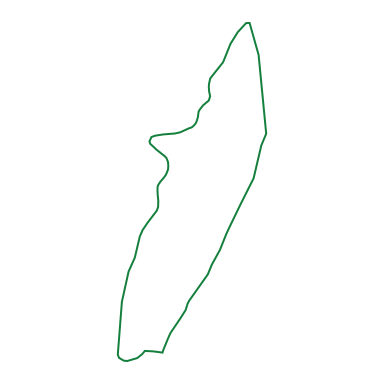 Zunilito, Suchitepéquez, Guatemala
{"feature_id": "79465075B91860193952418", "entity_name": "Zunilito", "entity_type": "district", "adm_level": 2, "iso_a3": "GTM", "parent_name": "Guatemala", "parent_adm1": "Suchitepéquez", "projection": "natural_earth1", "projection_center": [-91.502, 14.633], "detail": "fine", "context": "isolated", "style": "outline", "palette": "green", "viewbox_px": 384, "rotation_deg": 0, "n_neighbors": 0, "source": "geoboundaries", "source_scale": "gbopen_adm2", "svg_char_len": 1134}
<svg xmlns="http://www.w3.org/2000/svg" viewBox="0 0 384 384"><path d="M249.6,23.0L246.1,23.1L237.7,32.2L230.5,43.8L223.1,62.2L212.1,76.0L210.2,78.6L209.1,83.5L208.8,86.7L209.1,91.3L210.1,96.3L208.8,100.5L203.1,105.3L199.9,109.4L198.6,111.6L197.9,117.1L196.6,121.4L195.5,123.7L193.5,125.9L191.7,127.4L189.2,128.2L180.2,132.3L175.0,133.5L163.5,134.4L155.1,135.7L151.5,137.0L149.5,141.3L150.2,143.8L153.5,146.8L156.3,149.5L160.8,153.1L164.9,156.3L166.4,158.0L168.0,161.9L168.3,166.0L168.1,169.2L166.9,172.5L165.9,174.8L163.8,177.7L160.6,181.4L158.4,184.6L157.6,186.8L157.5,190.3L157.7,194.8L158.3,200.9L158.1,207.0L156.8,210.6L147.6,222.7L142.6,230.1L139.8,236.5L134.8,257.7L128.6,271.5L124.5,290.0L121.9,301.8L117.8,354.6L119.0,357.8L121.6,359.4L123.9,360.7L127.3,361.0L137.2,358.1L142.1,354.2L144.9,350.9L153.5,351.4L162.5,352.6L163.5,349.5L167.9,338.8L169.5,335.1L170.6,332.8L180.6,318.0L185.6,310.1L186.6,307.0L187.5,303.9L189.1,300.8L207.8,274.4L211.8,264.7L220.0,249.8L226.3,234.0L228.9,228.4L232.5,220.9L240.5,204.4L253.6,178.3L261.3,145.5L266.2,133.7L258.6,54.9L249.6,23.0Z" fill="none" stroke="#15803d" stroke-width="2"/></svg>